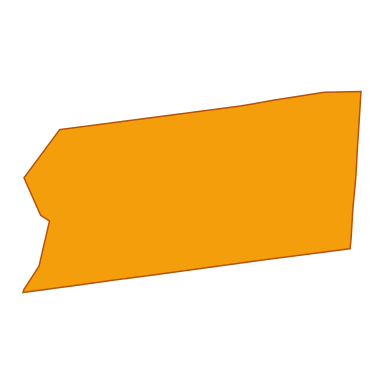 outline of Putnam, New York, United States of America
{"feature_id": "52423323B74073307510671", "entity_name": "Putnam", "entity_type": "district", "adm_level": 2, "iso_a3": "USA", "parent_name": "United States of America", "parent_adm1": "New York", "projection": "equal_earth", "projection_center": [-73.677, 41.424], "detail": "fine", "context": "isolated", "style": "filled", "palette": "amber", "viewbox_px": 384, "rotation_deg": 0, "n_neighbors": 0, "source": "geoboundaries", "source_scale": "gbopen_adm2", "svg_char_len": 553}
<svg xmlns="http://www.w3.org/2000/svg" viewBox="0 0 384 384"><path d="M23.9,289.5L23.0,292.5L89.6,283.5L113.1,280.2L161.4,273.9L174.4,272.1L264.1,259.8L350.1,248.7L351.1,238.7L352.8,210.0L355.3,182.7L355.5,180.8L355.9,175.7L356.5,165.7L356.6,164.0L356.7,161.9L356.7,161.4L356.8,160.0L357.1,153.8L357.8,141.7L357.9,141.2L357.9,140.7L357.9,139.5L358.0,138.7L358.1,137.9L361.0,91.5L323.9,92.3L273.2,100.2L254.1,103.7L239.6,106.1L59.7,129.6L24.0,177.8L40.7,215.4L49.5,221.0L39.0,266.2L23.9,289.5Z" fill="#f59e0b" stroke="#b45309" stroke-width="1.5"/></svg>